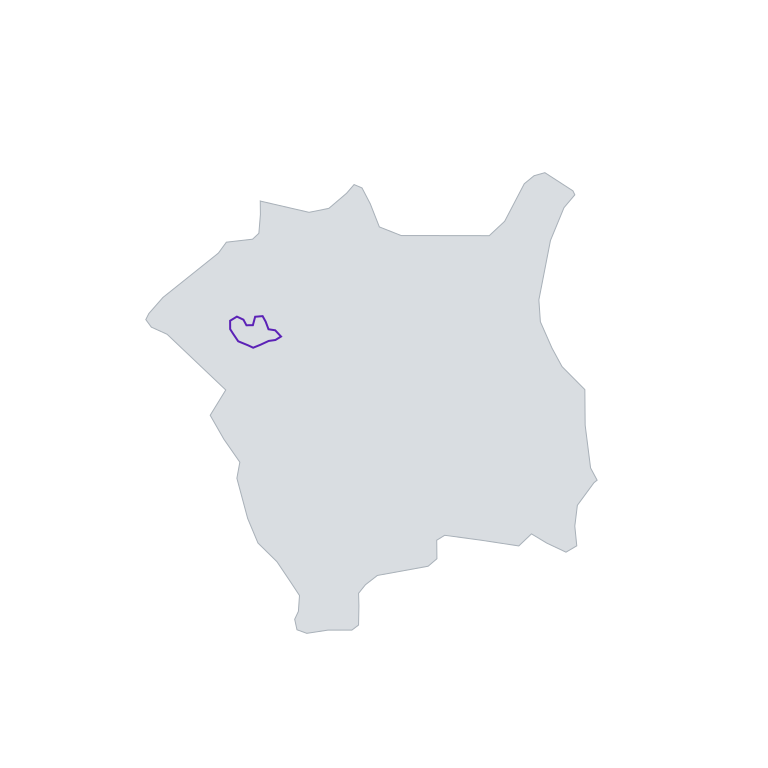 Kosovo, with Novo Brdo highlighted, rotated 205°
{"feature_id": "KOS-5906", "entity_name": "Novo Brdo", "entity_type": "District", "adm_level": 1, "iso_a3": "XKX", "parent_name": "Kosovo", "parent_adm1": "", "projection": "equal_earth", "projection_center": [21.392, 42.572], "detail": "fine", "context": "in_parent", "style": "outline", "palette": "violet", "viewbox_px": 768, "rotation_deg": 205, "n_neighbors": 0, "source": "natural_earth", "source_scale": "10m", "svg_char_len": 1332}
<svg xmlns="http://www.w3.org/2000/svg" viewBox="0 0 768 768"><g transform="rotate(205 384 384)"><path d="M229.9,283.5L265.1,272.5L270.2,264.7L262.2,248.0L267.0,237.5L309.1,207.7L316.0,194.2L318.6,183.6L313.0,172.4L305.2,154.8L309.1,147.4L330.9,137.2L348.6,125.4L359.0,124.5L365.5,133.0L365.5,141.8L371.2,156.6L384.2,164.6L405.9,177.7L431.0,186.6L450.7,204.5L477.5,236.4L481.6,252.2L505.8,266.3L528.3,282.2L524.9,311.7L601.6,337.4L618.9,337.2L627.1,341.7L626.9,348.5L620.9,369.1L589.4,432.7L586.8,445.9L564.3,459.7L561.1,467.7L567.6,485.3L573.5,497.6L573.0,497.6L524.5,507.9L508.2,519.9L498.5,541.1L495.4,552.1L486.8,552.4L472.6,541.5L454.6,524.4L431.2,525.8L351.3,562.9L343.4,582.5L341.5,624.8L336.0,636.2L327.5,643.5L294.4,638.9L291.0,636.1L295.4,619.9L293.8,584.4L279.2,525.7L268.6,506.5L246.9,487.5L230.0,475.0L199.6,463.8L184.3,431.7L161.3,395.2L150.2,386.9L152.0,383.3L157.5,355.8L151.0,335.8L140.9,318.8L148.0,308.5L169.3,308.6L187.0,310.5L193.4,294.2L229.9,283.5Z" fill="#d9dde1" stroke="#a8b0b8" stroke-width="1"/><path d="M538.6,382.9L533.5,379.1L527.7,381.9L529.2,390.5L522.7,394.2L517.6,390.5L511.8,384.8L505.3,386.7L497.4,383.5L501.0,378.0L506.7,374.3L512.5,367.4L517.9,361.6L523.7,361.6L534.2,361.1L542.2,365.9L546.6,368.7L550.2,376.3L545.8,382.9L538.6,382.9Z" fill="none" stroke="#5b21b6" stroke-width="2"/></g></svg>